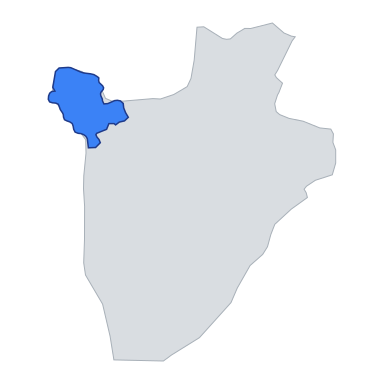 where Cibitoke sits in Burundi
{"feature_id": "BDI-2638", "entity_name": "Cibitoke", "entity_type": "Province", "adm_level": 1, "iso_a3": "BDI", "parent_name": "Burundi", "parent_adm1": "", "projection": "albers", "projection_center": [29.231, -2.849], "detail": "fine", "context": "in_parent", "style": "filled", "palette": "blue", "viewbox_px": 384, "rotation_deg": 0, "n_neighbors": 0, "source": "natural_earth", "source_scale": "10m", "svg_char_len": 1865}
<svg xmlns="http://www.w3.org/2000/svg" viewBox="0 0 384 384"><path d="M295.2,36.8L292.1,40.9L277.6,70.4L274.8,74.9L276.4,77.6L282.5,83.2L278.9,92.5L277.5,95.0L274.7,103.7L276.2,111.6L279.7,114.6L289.1,118.4L303.1,121.2L319.7,127.9L330.8,129.1L333.4,133.9L332.9,142.4L335.7,149.9L335.7,163.1L332.3,174.8L315.3,180.3L306.5,186.2L304.1,189.2L306.2,192.8L307.4,197.5L291.3,209.1L274.8,224.3L270.8,234.6L267.5,246.7L262.7,254.4L250.1,265.5L237.3,288.0L231.0,302.6L199.5,337.6L171.5,355.0L163.4,361.0L113.9,359.9L110.1,336.3L102.6,304.1L85.5,275.0L83.7,262.8L84.5,239.4L84.6,206.4L83.5,188.6L83.8,175.7L86.0,153.2L85.7,139.8L74.5,124.3L60.6,107.8L53.0,99.7L52.6,93.2L52.6,87.2L54.9,78.4L60.3,68.6L66.4,67.5L81.5,71.4L97.2,79.7L105.5,98.4L111.9,101.1L123.4,101.1L153.0,98.6L160.4,99.0L173.8,94.5L187.2,86.6L191.0,78.4L194.2,60.1L197.0,27.2L203.8,26.8L222.5,38.5L226.5,39.3L230.4,38.9L236.9,33.1L244.8,28.4L250.7,28.5L272.4,23.0L284.0,33.0L291.3,36.1L295.2,36.8Z" fill="#d9dde1" stroke="#a8b0b8" stroke-width="1"/><path d="M68.2,67.4L70.8,67.7L80.4,71.9L83.9,73.0L90.5,73.8L93.9,74.6L96.8,76.3L98.7,77.7L98.8,78.4L98.6,80.3L99.1,82.4L99.2,82.6L102.6,85.8L103.6,87.8L103.2,89.5L101.0,92.2L100.5,93.9L100.8,95.7L102.3,99.0L102.5,100.9L103.9,103.9L107.8,103.6L114.6,100.6L117.4,100.3L120.4,100.9L123.2,103.4L123.7,107.9L125.6,112.7L128.3,117.3L124.5,120.9L119.3,122.1L115.6,124.9L114.1,123.6L108.9,123.6L106.6,129.3L96.7,133.3L95.9,134.7L96.9,137.0L99.0,139.5L100.3,142.7L95.6,147.5L88.4,147.8L87.3,138.7L85.9,136.3L83.7,134.7L81.0,133.6L78.1,133.3L75.1,132.1L73.7,129.3L73.1,126.0L72.2,123.5L69.8,121.9L66.9,120.9L64.5,119.7L63.5,117.1L63.3,114.6L62.6,113.0L60.3,109.6L58.8,105.4L58.1,104.1L55.7,103.1L52.4,102.8L49.6,101.9L48.3,99.3L48.6,95.9L49.7,93.2L51.7,91.5L54.9,91.1L52.8,87.3L55.5,71.5L59.1,68.0L68.2,67.4Z" fill="#3b82f6" stroke="#1e3a8a" stroke-width="1.5"/></svg>